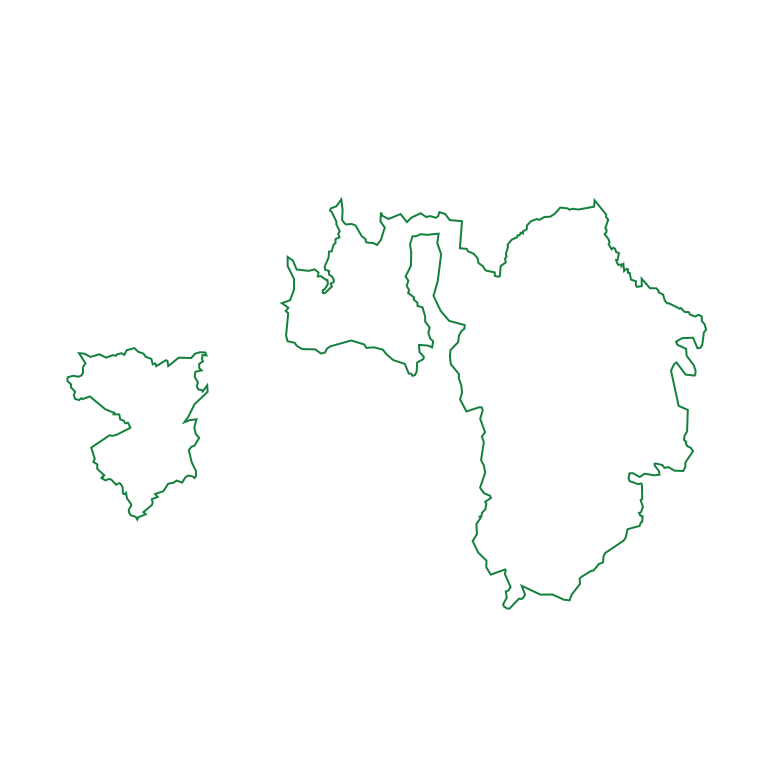 the district of Tecomatlán, Puebla, Mexico, rotated 97°
{"feature_id": "50627088B46760499332647", "entity_name": "Tecomatlán", "entity_type": "district", "adm_level": 2, "iso_a3": "MEX", "parent_name": "Mexico", "parent_adm1": "Puebla", "projection": "albers", "projection_center": [-98.317, 18.022], "detail": "fine", "context": "isolated", "style": "outline", "palette": "green", "viewbox_px": 768, "rotation_deg": 97, "n_neighbors": 0, "source": "geoboundaries", "source_scale": "gbopen_adm2", "svg_char_len": 6120}
<svg xmlns="http://www.w3.org/2000/svg" viewBox="0 0 768 768"><g transform="rotate(97 384 384)"><path d="M347.9,487.1L353.3,485.0L354.0,477.6L356.6,475.5L358.6,471.2L359.3,469.1L358.0,456.6L361.4,450.3L360.1,446.5L355.7,444.8L353.2,441.9L344.8,421.8L347.1,408.7L350.3,405.8L348.8,398.3L350.1,389.3L354.2,385.2L359.2,377.6L361.5,365.8L370.6,360.7L370.4,358.4L372.4,356.8L371.5,354.4L367.8,353.1L358.6,353.7L354.5,348.0L352.3,347.7L347.9,352.7L340.9,354.0L340.5,345.0L341.8,340.8L335.8,340.3L333.3,343.6L327.9,346.2L322.5,345.5L317.1,350.7L311.9,351.4L303.1,355.2L302.5,360.2L299.2,360.8L296.6,364.8L294.4,364.7L290.6,371.2L288.1,370.4L283.7,373.4L278.4,372.4L274.7,375.7L263.4,371.7L250.1,373.0L242.3,375.2L233.9,373.7L233.6,370.6L230.8,365.6L230.7,359.5L228.1,348.1L237.7,348.3L248.1,343.1L275.3,343.2L290.4,345.6L304.5,336.7L313.4,327.0L315.7,311.0L319.4,311.0L321.9,313.5L326.8,315.5L333.4,315.5L342.2,322.1L348.3,322.0L356.1,320.1L365.2,310.7L369.1,310.5L376.3,307.0L383.2,305.5L390.1,306.6L401.2,298.8L395.6,286.9L395.3,284.1L397.9,282.8L406.8,284.3L419.6,277.8L424.2,280.5L429.7,277.8L447.7,278.4L453.1,274.7L460.1,272.8L475.2,276.0L480.2,271.5L482.0,265.2L484.0,263.9L488.6,269.2L490.4,267.8L495.9,268.1L499.8,271.0L503.4,271.2L504.0,272.9L505.2,271.8L511.7,275.2L521.7,273.5L529.1,276.9L540.0,269.8L546.8,260.8L553.6,260.1L560.2,254.8L553.3,241.2L554.0,240.6L558.0,240.8L570.0,233.6L573.7,235.2L575.1,237.8L581.1,236.1L588.4,239.0L590.5,237.5L591.9,234.1L591.6,232.0L580.6,223.9L580.6,221.2L578.4,219.2L575.7,218.4L567.5,222.7L574.0,203.1L572.4,191.1L576.2,179.1L576.1,173.4L570.3,172.1L558.6,165.1L553.5,166.1L551.6,164.8L544.3,155.7L543.6,153.2L536.5,148.8L534.4,144.9L528.6,145.1L524.8,143.9L510.3,127.1L506.9,125.4L498.4,124.5L493.7,113.0L490.1,112.2L489.3,110.9L483.8,111.2L483.4,113.4L481.0,115.2L479.9,113.3L474.6,112.0L467.9,115.1L466.6,113.7L452.6,115.7L451.4,116.5L452.4,119.8L450.4,128.5L447.8,129.8L442.7,129.5L442.2,126.0L445.2,118.8L441.3,114.4L441.7,104.8L440.4,99.5L436.9,100.5L431.9,105.4L430.1,105.7L429.8,104.2L430.5,97.9L433.1,95.4L431.8,91.6L434.6,85.2L433.9,76.5L429.6,74.8L425.3,75.3L412.9,69.1L409.8,72.0L408.8,75.3L406.1,77.2L404.6,76.9L402.9,79.5L398.5,79.3L394.1,77.4L372.7,79.3L369.8,88.9L335.6,100.8L328.6,98.2L327.0,96.3L337.9,85.8L337.8,76.7L336.8,76.2L332.9,76.3L327.7,78.8L319.0,87.1L312.3,88.4L309.4,97.5L306.4,99.3L302.2,93.8L300.4,82.9L310.3,77.2L309.5,74.4L306.7,72.9L293.9,72.8L290.8,70.9L285.6,73.1L282.7,76.3L278.2,76.8L277.0,80.5L279.1,83.3L277.8,88.7L275.5,90.4L275.9,94.3L272.4,98.7L273.2,99.7L269.1,111.2L269.5,112.7L267.1,115.4L261.2,117.9L259.6,122.6L257.9,122.8L255.8,125.4L256.5,131.6L248.1,141.1L255.5,140.1L256.8,144.8L254.9,146.2L251.3,146.4L250.3,151.6L243.9,153.6L244.0,155.4L240.5,155.8L240.1,157.3L242.6,159.5L235.8,161.0L237.7,162.4L236.2,162.3L237.3,165.8L235.4,167.5L232.6,168.7L232.5,167.3L225.5,166.7L224.6,169.8L221.6,171.1L220.8,172.9L222.6,174.4L217.9,178.1L215.6,177.4L212.6,179.1L208.3,183.3L206.2,181.8L204.0,181.8L202.4,183.3L193.6,181.5L191.2,183.9L188.8,184.1L176.1,197.3L182.4,197.1L187.1,212.2L187.1,218.3L188.4,221.2L187.3,223.2L187.4,230.5L194.5,235.5L197.7,239.5L198.6,245.0L202.2,249.9L201.6,252.4L204.5,258.0L209.2,261.4L213.2,261.2L215.7,264.8L217.7,264.4L217.3,266.8L219.9,267.6L220.2,269.5L222.2,269.9L225.1,274.7L230.7,278.3L232.9,277.6L240.1,278.9L242.7,277.9L244.9,279.2L248.5,277.9L252.7,282.6L262.7,282.1L263.6,283.2L263.2,287.1L259.7,287.8L259.1,296.1L258.0,298.0L255.1,300.0L252.4,305.0L247.7,306.5L243.8,310.8L242.1,316.7L239.8,318.4L240.0,325.2L212.9,326.4L213.3,338.7L207.7,344.1L206.7,350.0L210.8,350.7L212.7,352.8L211.7,358.3L213.1,362.6L210.0,368.4L215.5,377.0L220.5,381.0L213.3,388.3L219.7,399.7L217.3,405.9L214.1,407.9L223.0,407.4L228.6,402.3L241.2,404.6L246.9,407.9L245.4,411.6L245.7,418.2L244.9,419.5L242.6,419.9L240.0,424.1L230.1,431.6L229.1,435.6L230.3,441.2L229.0,443.1L226.2,445.6L216.2,446.3L206.0,448.9L213.4,452.9L216.2,458.2L218.4,458.8L219.8,456.7L228.7,451.0L231.3,450.8L237.7,446.6L240.5,447.7L243.8,446.1L246.1,449.8L249.8,449.3L252.2,451.1L258.7,452.1L259.3,454.7L265.1,454.4L274.9,457.2L277.9,456.2L278.5,452.2L282.0,452.0L283.7,448.7L287.0,446.3L288.9,446.4L290.9,449.1L293.6,447.6L301.1,453.8L301.2,455.6L298.5,456.3L296.8,454.2L291.6,451.9L286.9,453.0L288.2,453.2L284.7,459.8L285.3,462.8L281.4,462.6L278.7,466.8L280.9,472.6L281.0,484.7L272.7,489.4L269.6,495.1L278.7,494.0L290.9,486.0L301.3,484.8L312.3,487.4L316.2,495.3L320.0,488.2L323.6,490.4L325.3,487.7L347.9,487.1ZM511.5,653.7L513.6,648.7L511.8,645.6L512.1,643.1L516.6,637.6L514.7,634.9L515.2,633.2L518.8,630.7L524.5,629.8L525.0,628.1L523.4,626.8L528.9,625.1L533.9,620.5L535.4,620.0L539.8,622.0L542.6,621.4L545.2,619.3L546.1,614.2L548.6,612.4L546.2,611.6L542.3,604.6L540.5,607.2L532.5,599.7L530.1,599.1L526.6,600.4L523.7,594.9L521.1,597.8L517.2,589.9L509.3,586.0L507.7,581.1L505.1,577.9L506.5,572.4L500.9,569.8L498.8,567.4L499.0,562.7L500.4,560.5L498.1,559.4L493.1,560.1L485.2,565.3L473.4,569.7L469.7,567.4L468.3,564.6L460.1,560.9L456.5,564.7L450.2,567.0L441.9,565.8L443.4,572.1L446.3,577.5L440.6,574.3L427.2,569.6L413.3,558.1L406.9,559.3L413.6,563.1L412.2,564.2L412.1,567.6L408.9,569.6L405.0,568.9L399.9,572.8L394.9,572.7L392.7,566.7L391.0,569.2L386.6,569.9L383.5,566.4L381.5,567.7L377.4,567.7L377.2,563.7L374.5,565.3L374.9,570.4L376.9,575.2L381.7,578.5L382.9,591.0L392.5,600.3L387.4,601.8L387.0,603.4L394.1,612.3L391.5,613.6L392.6,615.9L387.4,618.0L386.0,624.0L383.2,626.3L382.0,631.8L378.8,636.1L381.8,643.4L386.9,645.5L385.4,648.0L387.2,652.8L388.6,653.4L388.4,656.8L391.7,663.0L389.2,670.0L392.9,678.6L390.4,685.1L390.6,690.5L399.8,682.8L404.0,684.9L409.6,684.1L412.3,685.3L414.0,688.0L413.8,693.8L416.0,698.9L419.7,698.5L422.6,694.5L425.3,694.5L429.2,689.7L433.0,690.5L436.4,688.8L437.1,684.8L435.0,682.6L435.7,681.3L432.2,674.4L443.1,657.4L445.5,648.2L447.0,648.7L446.5,643.0L451.3,641.5L452.2,637.7L454.5,636.1L453.7,633.3L458.4,630.4L466.5,642.4L468.5,646.9L468.4,650.2L482.8,666.8L493.6,661.9L496.7,663.0L498.8,658.7L503.1,658.3L508.8,650.5L510.2,652.1L511.6,651.5L511.5,653.7Z" fill="none" stroke="#15803d" stroke-width="2"/></g></svg>